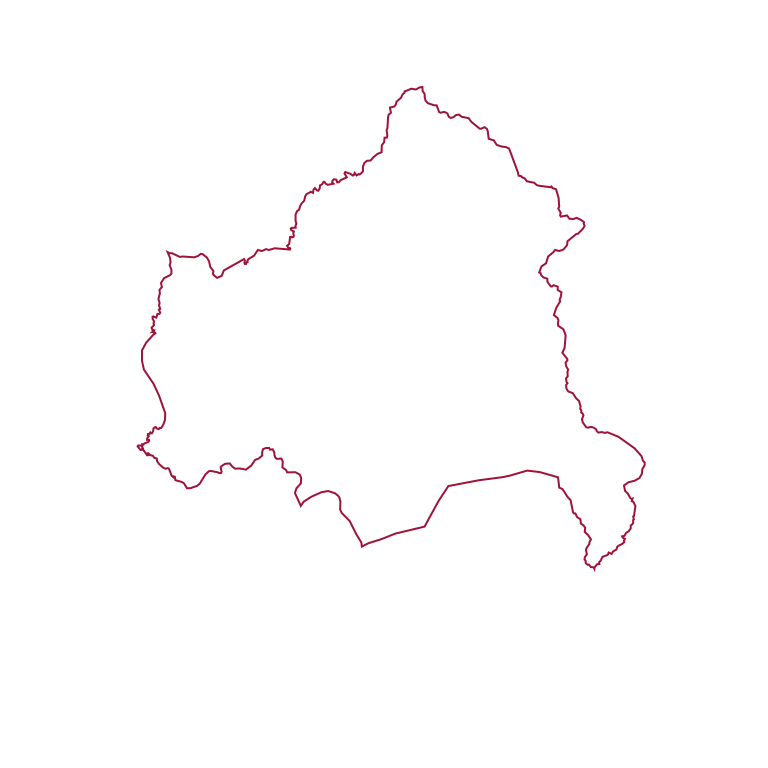 Olmedo, Manabi, Ecuador, rotated 65°
{"feature_id": "8360857B9236921602752", "entity_name": "Olmedo", "entity_type": "district", "adm_level": 2, "iso_a3": "ECU", "parent_name": "Ecuador", "parent_adm1": "Manabi", "projection": "albers", "projection_center": [-80.217, -1.371], "detail": "fine", "context": "isolated", "style": "outline", "palette": "rose", "viewbox_px": 768, "rotation_deg": 65, "n_neighbors": 0, "source": "geoboundaries", "source_scale": "gbopen_adm2", "svg_char_len": 6165}
<svg xmlns="http://www.w3.org/2000/svg" viewBox="0 0 768 768"><g transform="rotate(65 384 384)"><path d="M251.3,589.1L260.6,593.5L269.4,595.5L286.2,592.8L299.8,592.8L317.9,594.6L324.1,597.7L327.9,601.6L329.7,604.6L329.0,605.9L329.7,607.3L328.0,608.9L326.6,609.0L326.4,610.4L326.8,611.7L329.0,613.0L330.6,615.1L330.4,616.0L329.1,616.3L330.1,618.1L329.6,619.0L330.8,619.9L331.9,619.2L333.1,621.5L334.4,622.4L335.3,620.6L336.3,620.9L336.9,622.3L336.6,626.3L337.2,627.6L336.4,628.6L339.0,629.7L337.3,629.9L335.8,632.8L336.5,633.7L340.9,632.5L341.3,631.4L340.1,630.2L340.6,629.6L342.0,630.0L348.5,628.8L348.8,627.8L346.9,627.6L347.2,626.8L349.8,625.8L351.3,623.8L353.8,623.4L355.5,621.4L358.2,622.3L361.7,621.6L366.4,619.5L368.4,618.0L368.9,615.4L369.9,614.7L377.3,615.2L378.8,614.6L378.8,613.8L379.9,614.0L379.9,612.9L383.0,613.7L387.3,608.7L389.3,607.3L395.3,606.6L396.7,603.2L397.3,596.1L396.4,593.0L390.5,584.1L389.0,579.5L389.7,577.6L393.6,572.2L395.1,571.0L395.8,569.3L395.0,568.3L390.4,567.2L389.8,566.3L389.2,561.7L390.8,557.4L395.0,556.3L397.9,554.6L399.7,550.2L403.2,545.4L401.9,538.9L398.3,532.9L398.6,529.0L397.3,524.5L394.5,523.4L391.9,521.2L392.1,518.1L393.5,515.1L395.4,515.0L396.1,512.5L399.6,512.3L402.2,513.4L405.4,513.5L406.7,512.5L408.2,508.5L411.8,508.6L416.6,511.3L420.7,509.1L423.2,509.1L426.5,501.6L430.4,498.7L434.0,498.7L439.0,501.4L441.5,507.4L445.1,510.8L459.3,510.9L456.7,506.5L455.5,497.5L455.6,486.6L457.4,479.8L462.2,474.7L465.9,472.8L468.2,472.4L472.1,473.2L479.2,476.8L483.0,476.8L493.7,473.0L508.5,472.6L518.1,471.5L522.0,472.8L521.7,465.5L523.5,451.9L524.4,436.8L530.4,407.5L513.2,384.2L503.7,368.8L511.3,338.8L518.6,315.7L520.3,308.3L523.0,290.8L529.7,280.0L542.1,265.7L552.0,269.0L554.7,266.6L563.7,265.4L568.2,264.0L580.1,266.9L581.6,266.5L582.2,265.3L586.3,265.2L589.6,263.1L593.8,264.6L596.3,263.0L599.3,262.4L602.9,264.6L607.4,262.8L612.3,262.1L614.1,264.6L615.7,265.4L618.5,270.1L620.1,271.2L624.1,272.1L625.9,275.2L627.7,276.4L629.5,276.0L631.6,276.9L633.9,275.9L634.3,274.5L637.3,273.9L638.8,271.4L640.4,271.4L639.1,270.6L637.4,266.9L638.2,264.9L636.5,264.4L635.5,262.0L633.0,259.2L633.4,254.2L633.2,253.1L631.7,251.6L634.2,249.5L632.6,247.2L632.2,243.2L630.4,241.8L629.7,240.3L629.6,235.5L628.7,232.9L627.4,232.8L626.1,231.1L624.1,232.6L622.7,232.5L623.2,230.2L621.2,227.4L620.9,224.6L619.2,221.5L616.6,220.2L615.6,217.1L612.6,215.7L612.2,214.7L609.4,214.2L609.1,213.1L600.8,207.7L596.1,207.8L595.0,209.0L592.9,207.2L592.9,208.2L591.5,209.0L586.2,209.3L582.9,210.7L577.4,209.4L576.4,204.1L577.6,197.5L577.2,192.2L574.4,188.3L570.3,185.8L567.8,182.2L565.5,180.9L562.8,181.7L558.2,181.1L548.1,184.1L530.8,193.9L522.2,201.9L521.6,204.6L519.7,206.7L518.6,210.3L516.5,211.1L514.7,210.9L512.0,212.5L510.2,214.9L509.8,217.6L508.6,219.0L502.7,220.1L499.6,219.4L496.7,216.5L494.6,216.5L493.1,217.3L491.6,216.4L489.3,216.6L487.4,215.3L481.8,214.4L478.3,215.9L472.0,216.8L468.6,220.2L465.2,220.6L461.8,219.3L460.8,217.3L459.1,217.7L455.9,216.7L454.7,214.3L450.4,212.5L448.7,211.0L445.2,211.4L441.3,210.4L440.1,207.8L438.8,207.3L431.0,209.2L427.8,205.2L416.6,198.8L410.2,198.3L404.9,201.5L403.0,201.0L399.8,198.9L397.4,198.9L393.3,200.9L387.8,195.7L383.5,189.4L381.8,189.2L379.8,187.0L375.9,184.4L372.2,186.8L369.1,185.4L366.1,188.6L366.6,190.6L366.0,191.6L360.5,192.7L357.6,191.5L354.6,194.6L351.5,195.6L349.6,195.2L348.5,196.2L344.0,191.6L343.1,186.1L337.8,181.4L336.2,175.1L334.8,172.3L337.5,169.0L338.0,164.7L335.5,159.3L332.2,157.5L329.3,146.3L329.8,144.8L327.3,138.0L325.5,135.4L323.0,135.2L321.9,134.3L318.4,136.2L314.8,139.2L314.5,142.8L312.5,146.1L308.6,146.9L307.0,153.0L305.5,153.1L303.6,151.5L298.6,151.9L297.4,150.3L289.1,147.1L280.3,145.8L277.6,148.5L275.8,148.7L276.0,150.0L269.5,160.2L268.1,161.6L265.1,162.8L260.6,168.9L257.3,169.5L254.8,171.6L253.7,171.7L252.1,174.0L248.9,173.2L223.5,171.1L220.9,173.3L218.5,177.0L214.9,180.8L209.6,181.5L206.0,185.5L199.0,183.2L196.2,182.9L193.7,184.4L193.7,188.1L193.0,189.4L183.2,194.1L178.9,194.9L174.7,200.6L171.5,202.2L170.7,204.9L171.5,208.5L171.0,211.2L169.1,212.4L165.8,212.2L164.3,213.0L162.7,214.7L162.1,218.0L160.8,219.1L153.7,218.5L152.7,220.6L148.1,225.5L145.0,226.6L141.5,226.0L138.3,224.6L134.9,225.2L131.0,223.7L130.2,226.8L130.6,230.6L127.9,234.5L127.6,241.8L128.7,242.3L129.4,244.8L131.7,247.5L133.4,253.3L135.7,255.2L136.9,257.4L136.0,261.8L141.1,263.1L141.9,265.9L143.4,267.3L153.3,272.6L155.1,274.4L159.9,275.8L161.9,277.1L161.0,279.4L164.9,281.7L166.8,285.2L172.9,288.2L172.7,292.8L173.9,297.5L175.8,301.8L174.5,305.0L175.4,308.4L178.0,311.2L182.4,313.2L183.6,316.2L183.7,317.9L183.0,318.3L183.4,320.7L180.3,321.4L182.0,323.2L182.0,324.1L179.1,325.8L175.5,329.5L176.4,330.8L181.0,330.4L180.9,336.8L182.0,339.7L181.5,341.2L178.7,340.8L177.3,342.8L177.9,344.6L179.3,345.8L181.1,345.1L179.7,350.8L178.0,352.1L175.7,352.6L175.2,353.4L176.8,355.5L176.9,358.0L179.4,359.5L181.1,361.8L180.2,362.9L177.2,363.8L178.1,365.8L180.7,367.6L178.9,369.1L179.2,374.0L180.6,376.1L184.2,378.9L185.4,382.2L187.6,385.2L190.2,387.3L190.5,389.6L193.0,392.5L198.8,395.2L201.8,395.7L203.3,397.4L205.0,398.0L203.4,401.9L203.7,402.8L205.4,403.0L207.7,401.2L208.9,402.5L211.6,403.1L212.3,403.7L212.3,405.2L211.3,405.7L211.1,407.0L217.1,410.8L217.7,413.4L219.8,413.2L221.5,411.6L222.4,412.4L214.8,425.7L213.9,431.7L211.9,433.9L211.9,438.5L209.2,441.6L212.8,447.6L213.5,454.2L214.6,455.7L215.8,456.1L215.7,456.9L216.9,458.3L216.4,459.4L215.0,459.2L213.5,457.9L211.6,458.0L213.4,481.2L217.4,485.4L217.3,490.3L213.8,492.2L211.9,492.5L209.6,490.9L204.4,492.0L199.0,490.7L194.5,491.1L189.6,493.5L188.6,495.0L189.4,498.5L188.9,502.6L183.4,512.5L182.5,515.4L176.1,520.6L174.7,523.1L173.0,524.4L179.1,524.6L183.5,526.0L185.8,528.1L190.7,528.4L193.9,529.9L194.9,531.6L195.1,538.6L198.2,543.4L202.2,544.3L203.8,547.7L207.1,548.8L211.6,552.5L215.6,553.1L218.0,554.8L221.3,555.0L221.4,556.6L224.9,556.7L225.5,557.9L224.8,559.7L227.6,562.3L225.2,564.6L225.2,565.3L227.3,566.2L230.2,565.9L231.5,567.2L233.4,567.5L234.7,570.8L237.0,571.1L238.1,569.7L238.9,571.9L239.3,570.4L240.4,570.9L240.9,569.8L241.5,569.8L241.7,571.9L246.0,582.1L251.3,589.1Z" fill="none" stroke="#9f1239" stroke-width="2"/></g></svg>